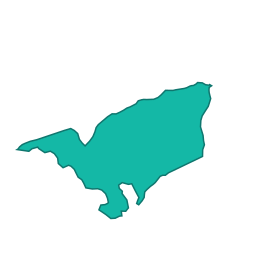 outline of Ineia, Paphos, Cyprus, rotated 306°
{"feature_id": "46923920B71258573989723", "entity_name": "Ineia", "entity_type": "district", "adm_level": 2, "iso_a3": "CYP", "parent_name": "Cyprus", "parent_adm1": "Paphos", "projection": "albers", "projection_center": [32.342, 34.971], "detail": "fine", "context": "isolated", "style": "filled", "palette": "teal", "viewbox_px": 256, "rotation_deg": 306, "n_neighbors": 0, "source": "geoboundaries", "source_scale": "gbopen_adm2", "svg_char_len": 1654}
<svg xmlns="http://www.w3.org/2000/svg" viewBox="0 0 256 256"><g transform="rotate(306 128 128)"><path d="M45.4,51.0L50.9,61.5L54.8,62.5L59.5,66.2L58.9,67.7L59.2,75.2L63.6,78.8L64.0,83.5L62.3,88.8L58.3,92.5L57.7,98.8L62.9,101.8L63.6,104.3L63.0,108.8L60.7,113.1L58.9,116.6L59.0,121.0L57.3,124.7L54.8,129.1L57.7,135.0L61.1,139.2L62.4,143.2L61.7,148.5L59.2,152.6L56.1,156.0L54.8,155.7L52.6,154.5L49.7,151.3L44.7,152.6L45.0,161.0L44.7,167.3L47.5,170.7L51.7,172.9L53.3,174.7L56.8,171.4L59.3,175.1L62.7,175.2L63.6,175.3L69.1,169.4L71.5,161.7L73.5,160.6L74.0,156.5L76.3,154.0L80.4,155.4L82.7,161.5L85.1,163.8L81.6,170.6L79.4,175.1L78.2,177.7L75.2,178.4L72.0,179.4L72.2,181.8L77.4,182.2L81.3,181.9L84.3,180.1L86.3,179.1L89.4,179.5L93.8,180.4L97.2,181.5L99.9,182.1L104.9,182.3L107.8,182.4L110.1,183.8L111.7,186.0L115.6,187.1L148.8,205.0L154.3,201.2L159.3,199.7L162.1,196.6L166.1,193.1L168.6,189.8L171.5,186.0L176.9,182.5L181.4,180.9L187.1,180.5L192.7,180.2L195.1,179.4L200.4,177.6L202.5,175.0L204.5,172.7L206.4,171.1L208.6,169.8L211.3,170.8L211.1,168.5L210.3,168.5L208.6,165.3L208.2,161.6L205.7,157.6L203.5,157.2L200.9,156.0L199.6,154.5L198.3,153.5L195.2,151.9L193.1,150.3L187.1,144.3L184.8,142.3L180.5,136.2L174.1,135.3L170.4,134.4L166.4,132.0L162.0,126.4L160.4,124.0L158.9,122.5L156.0,120.3L152.3,120.3L146.3,117.3L143.5,115.4L139.8,114.0L135.9,112.1L132.4,110.1L130.1,106.8L125.1,104.9L113.3,102.0L109.6,102.0L105.5,103.5L100.4,104.7L94.8,104.7L88.3,103.8L88.9,99.7L90.2,95.4L93.9,90.6L94.4,86.0L93.9,82.0L88.7,78.0L80.0,71.8L64.9,61.1L59.7,56.7L55.0,53.7L52.3,52.2L49.0,51.4L46.4,51.4L45.4,51.0Z" fill="#14b8a6" stroke="#0f766e" stroke-width="1.5"/></g></svg>